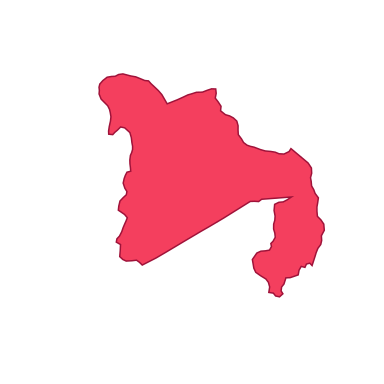 Itatiaia, Rio de Janeiro, Brazil, rotated 129°
{"feature_id": "56859067B89596650160395", "entity_name": "Itatiaia", "entity_type": "district", "adm_level": 2, "iso_a3": "BRA", "parent_name": "Brazil", "parent_adm1": "Rio de Janeiro", "projection": "mercator", "projection_center": [-44.586, -22.443], "detail": "fine", "context": "isolated", "style": "filled", "palette": "rose", "viewbox_px": 384, "rotation_deg": 129, "n_neighbors": 0, "source": "geoboundaries", "source_scale": "gbopen_adm2", "svg_char_len": 2408}
<svg xmlns="http://www.w3.org/2000/svg" viewBox="0 0 384 384"><g transform="rotate(129 192 192)"><path d="M96.4,120.0L96.0,142.4L99.5,142.0L104.6,144.4L107.5,148.4L108.7,152.4L110.9,156.3L114.0,160.9L116.0,165.6L118.1,172.0L119.8,175.4L121.0,178.8L121.1,183.1L119.6,186.9L118.3,192.1L114.9,195.2L111.5,197.9L108.7,201.8L108.4,206.5L109.2,210.7L110.9,214.7L110.9,220.9L107.1,223.4L105.5,228.4L104.4,233.0L100.1,235.3L97.0,238.4L99.5,241.7L103.4,244.2L107.9,246.8L111.7,251.3L116.0,254.1L119.1,256.3L123.9,258.6L129.5,261.4L139.1,266.8L135.3,276.7L134.4,281.8L134.0,286.6L133.6,292.2L133.0,295.7L135.1,298.9L136.3,303.0L137.9,308.2L140.4,312.7L143.7,320.0L146.9,323.0L150.4,324.5L152.8,327.2L156.2,330.2L161.5,331.4L166.1,331.6L169.1,330.2L171.4,327.9L174.3,325.9L177.0,321.1L177.5,316.6L178.0,311.8L179.7,308.1L181.8,305.4L184.6,302.3L188.2,300.0L193.2,297.5L197.1,295.2L199.5,293.1L197.3,289.7L194.1,289.5L191.0,288.9L186.4,288.4L184.5,284.7L184.9,277.7L187.9,273.4L191.6,269.6L193.8,267.0L196.3,265.0L199.3,263.7L202.3,262.9L206.3,260.4L209.2,257.9L211.6,255.4L214.4,252.7L217.5,255.0L220.9,254.3L224.2,253.2L228.4,251.1L231.3,246.6L232.6,242.9L235.5,241.3L239.5,241.9L244.3,242.3L249.1,240.0L252.5,237.8L252.2,234.3L251.9,230.3L252.7,226.1L256.1,225.0L259.5,224.1L263.0,223.1L267.1,221.6L271.9,220.6L275.6,220.9L278.6,219.3L277.8,214.5L282.7,210.9L287.7,207.5L288.0,203.3L287.1,199.7L283.1,195.3L279.9,192.2L279.7,188.7L280.1,184.7L265.9,178.4L260.3,176.3L255.0,174.3L236.7,167.6L216.2,160.0L207.7,156.7L192.6,151.1L162.7,140.8L159.9,137.6L157.5,134.2L153.8,133.3L133.3,111.6L138.4,113.2L142.3,114.9L145.3,118.0L149.6,120.0L154.7,116.6L158.4,112.3L161.8,109.9L165.6,108.3L169.4,105.3L171.8,101.8L174.8,98.8L179.3,98.0L182.4,98.3L184.4,95.9L188.4,95.2L191.6,98.0L194.6,101.2L198.6,103.2L202.6,102.9L206.5,102.6L209.2,99.5L212.3,96.0L214.3,91.9L213.9,86.0L213.1,79.9L214.1,75.8L216.9,71.9L221.7,69.1L219.4,65.1L220.2,61.6L218.4,58.0L213.9,57.3L212.8,60.5L209.4,62.6L205.7,62.6L199.6,65.0L196.8,61.8L193.3,59.6L189.6,57.3L185.4,59.6L181.1,60.3L179.5,56.8L176.0,57.7L173.2,55.7L173.6,52.4L168.9,54.2L164.0,56.1L161.1,57.3L156.6,58.7L151.8,58.9L148.1,60.7L144.6,63.9L138.5,65.1L134.0,69.4L132.5,74.4L132.0,79.2L128.3,82.8L125.0,85.5L121.7,87.3L117.0,90.1L115.6,95.5L113.6,98.8L112.0,102.9L108.8,106.0L106.3,108.9L102.1,110.8L98.2,114.3L96.4,120.0Z" fill="#f43f5e" stroke="#9f1239" stroke-width="1.5"/></g></svg>